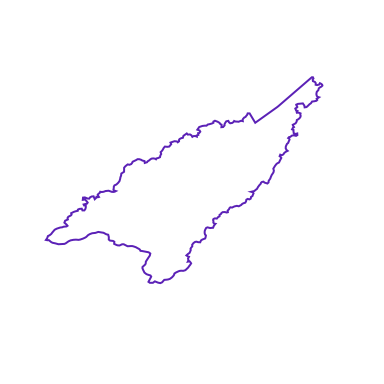 the district of Colinas do Sul, Goiás, Brazil, rotated 255°
{"feature_id": "56859067B84500730879893", "entity_name": "Colinas do Sul", "entity_type": "district", "adm_level": 2, "iso_a3": "BRA", "parent_name": "Brazil", "parent_adm1": "Goiás", "projection": "equal_earth", "projection_center": [-48.067, -13.991], "detail": "fine", "context": "isolated", "style": "outline", "palette": "violet", "viewbox_px": 384, "rotation_deg": 255, "n_neighbors": 0, "source": "geoboundaries", "source_scale": "gbopen_adm2", "svg_char_len": 5850}
<svg xmlns="http://www.w3.org/2000/svg" viewBox="0 0 384 384"><g transform="rotate(255 192 192)"><path d="M253.0,268.0L253.5,266.1L252.2,265.2L251.5,264.1L250.7,263.2L250.4,261.7L249.4,260.2L248.5,259.5L247.3,259.4L248.1,257.8L247.8,255.1L248.4,253.6L248.8,252.2L249.7,251.1L248.9,250.3L248.3,248.7L248.5,246.7L249.7,245.8L251.3,245.5L251.4,243.4L250.3,242.1L249.0,240.9L247.9,240.7L247.3,239.8L246.7,238.9L247.0,237.2L248.2,237.7L249.4,238.0L250.2,237.0L251.6,236.5L253.2,235.0L254.9,232.6L254.5,230.9L253.3,230.6L253.0,228.9L253.0,226.2L253.1,224.7L252.3,223.2L252.8,221.3L253.1,219.2L252.9,215.8L250.8,213.3L249.4,215.3L248.1,215.6L247.1,214.2L247.2,213.1L245.5,212.9L245.4,211.3L244.2,211.0L245.2,209.7L245.6,207.9L245.2,206.6L246.9,206.1L248.1,205.0L248.6,202.7L249.9,202.1L248.5,198.3L246.7,197.2L246.8,195.7L246.4,193.7L245.6,192.9L244.3,192.6L243.7,191.1L244.7,190.6L245.6,188.2L245.4,185.2L245.3,184.0L243.6,184.3L241.8,181.8L242.0,179.9L242.9,177.6L241.9,176.1L240.3,174.6L239.3,173.3L238.6,172.0L236.7,172.1L235.5,170.9L233.9,170.1L233.6,168.1L233.6,166.4L232.9,165.7L233.8,164.8L234.5,163.2L234.7,161.5L234.3,160.2L233.6,158.8L233.1,157.1L232.4,156.3L232.3,153.9L234.2,154.1L235.2,152.2L236.2,151.3L237.3,149.6L237.8,147.9L237.3,146.3L236.6,142.5L235.6,141.7L234.7,140.5L234.5,138.6L235.3,137.0L234.8,135.8L234.0,134.1L233.0,132.7L231.5,132.3L229.1,131.6L228.1,128.5L226.1,127.7L224.8,126.7L223.3,126.0L221.3,124.8L220.0,123.1L218.8,120.9L218.5,118.9L217.5,117.9L216.2,117.5L214.5,116.7L213.5,117.3L212.6,118.7L212.3,117.4L212.4,116.1L212.9,114.6L214.8,111.8L215.3,108.8L215.1,106.8L215.3,104.9L216.0,103.4L214.9,102.5L214.5,101.2L213.6,100.1L211.3,100.8L211.3,99.5L212.0,98.4L211.1,97.8L210.2,96.2L213.3,95.8L213.6,94.0L213.3,92.3L212.2,91.0L212.7,89.5L214.5,87.1L214.8,85.3L212.7,84.5L212.5,86.7L210.2,87.9L208.8,88.5L208.0,87.7L208.0,84.1L206.9,84.3L206.5,85.9L204.8,85.5L203.3,84.7L202.1,83.3L202.6,81.4L204.4,81.2L204.8,78.8L204.5,77.2L203.4,76.8L203.5,74.5L203.4,72.8L202.8,69.8L201.3,69.8L200.7,68.9L200.1,66.1L199.0,65.0L197.6,65.0L197.1,62.0L195.4,60.8L193.0,62.4L191.6,63.0L191.2,61.9L191.7,59.0L191.5,57.5L191.8,55.5L191.6,51.9L191.1,49.6L188.9,46.4L187.9,45.2L187.1,43.3L186.7,41.4L184.8,40.1L183.5,38.5L182.8,39.9L182.6,41.2L180.1,43.0L179.1,44.1L177.7,46.8L176.1,49.5L174.9,55.3L175.1,56.7L176.3,59.9L176.7,62.2L176.5,65.1L176.0,67.6L175.1,70.1L175.0,71.9L175.2,74.7L175.6,77.0L176.0,78.3L177.3,80.6L177.8,82.6L178.0,84.9L177.5,88.2L177.7,91.1L175.5,96.0L173.4,98.2L172.4,100.0L170.0,100.0L167.6,99.3L166.3,100.2L165.2,103.0L164.1,104.1L162.0,103.4L160.2,105.6L159.6,106.6L159.1,108.2L159.6,111.0L159.2,112.5L156.3,115.7L155.5,119.4L155.1,120.6L154.1,122.2L153.1,123.6L151.8,124.9L150.8,126.0L149.9,126.7L148.5,127.0L148.1,128.1L145.0,134.5L143.4,135.8L141.5,134.8L139.7,132.7L136.7,129.4L135.0,128.8L134.1,128.1L132.4,124.8L131.3,124.4L129.6,124.6L126.5,125.2L124.5,126.7L123.8,127.6L122.1,130.3L120.8,130.7L116.5,126.7L115.2,127.8L114.4,130.7L115.3,133.0L113.2,135.8L112.2,137.8L112.5,139.8L113.5,141.2L114.3,142.5L113.9,144.7L113.7,146.3L113.8,148.1L114.3,149.5L114.8,150.7L115.8,152.3L116.7,153.3L117.8,153.9L118.4,155.7L118.8,157.9L119.0,159.4L118.8,161.0L118.1,163.3L118.2,165.4L118.9,166.7L120.0,168.7L121.1,170.0L122.2,171.5L123.3,172.7L124.5,172.3L125.7,171.7L125.8,169.9L127.1,170.9L128.7,170.9L130.2,172.3L130.9,171.3L132.2,170.2L133.1,171.9L133.9,174.0L135.2,175.0L136.3,175.8L137.4,175.8L138.3,176.6L138.9,177.5L139.6,178.3L141.0,178.5L142.3,180.2L143.0,182.1L142.8,183.6L142.0,184.8L141.3,186.9L142.9,188.2L143.4,189.7L143.7,192.7L144.9,193.5L146.5,194.2L147.5,193.6L149.1,193.6L150.2,193.9L151.2,194.3L152.4,195.2L153.7,196.5L153.8,197.9L153.1,199.1L152.5,200.2L152.3,201.5L152.0,203.1L153.5,204.2L154.3,205.1L155.2,206.4L155.7,205.3L156.9,204.7L158.4,205.2L159.5,205.1L160.4,205.8L160.6,207.3L159.9,209.1L161.0,210.7L161.4,212.3L162.8,212.7L163.3,214.3L164.1,215.0L164.6,216.5L164.1,218.6L163.2,220.2L163.2,221.4L164.8,221.6L165.7,223.2L166.7,224.0L167.3,225.1L166.6,226.7L167.1,229.2L167.0,231.8L166.1,233.5L166.4,234.7L166.7,236.1L167.5,237.4L167.8,238.7L167.9,240.7L169.0,241.8L170.5,242.5L170.9,244.0L170.0,245.6L170.4,247.0L172.0,247.8L172.4,249.3L173.4,250.0L174.8,251.1L175.9,250.8L176.9,249.2L176.8,252.4L177.7,254.3L178.2,255.6L179.7,257.0L181.2,258.9L182.0,260.3L183.1,261.1L183.6,262.2L183.5,263.7L182.3,264.5L181.5,265.8L180.7,267.0L181.4,268.4L182.7,268.8L183.5,269.6L184.6,271.0L185.8,271.8L186.8,272.6L187.8,273.4L189.0,274.8L189.8,275.7L191.4,276.6L193.5,276.6L195.7,278.9L197.1,280.7L197.6,281.8L198.0,283.7L199.9,285.3L201.8,287.1L202.9,286.7L203.9,285.9L205.2,286.9L204.5,287.7L204.4,289.1L204.8,290.1L205.9,291.3L206.6,293.1L207.0,295.0L208.1,294.2L210.0,293.8L211.7,294.4L213.8,296.1L214.6,297.7L215.7,298.4L216.5,299.1L217.4,299.8L218.4,299.7L219.2,298.9L219.9,299.9L219.8,301.2L220.6,303.0L220.5,304.6L219.9,306.0L219.3,307.0L219.7,308.5L221.3,308.8L221.3,306.9L222.4,305.5L224.2,305.7L225.7,306.1L226.6,304.9L227.8,306.0L228.3,307.3L229.6,306.8L230.8,306.7L231.2,308.4L231.5,309.8L232.9,311.3L234.4,311.9L234.7,313.3L235.4,314.9L236.6,316.3L237.6,316.7L238.7,316.6L239.8,317.2L240.6,316.2L241.2,315.0L241.4,313.8L242.4,313.8L243.0,314.8L244.1,313.6L245.9,313.4L246.6,315.6L247.5,315.8L248.4,315.3L249.4,315.3L249.7,317.2L249.2,320.0L248.9,322.0L247.4,322.5L246.5,322.9L244.6,322.7L244.4,324.6L245.3,326.4L246.4,328.3L246.9,329.8L248.3,331.4L248.0,333.5L247.9,335.8L248.5,336.8L249.7,336.5L250.6,339.2L251.5,337.8L252.7,337.4L253.9,337.4L255.0,337.7L256.5,338.5L257.7,340.4L259.3,341.3L259.9,342.6L260.3,344.2L261.0,345.5L262.0,345.5L263.1,344.7L264.0,343.7L262.9,342.6L262.9,340.5L263.6,339.2L265.1,339.7L266.5,339.2L267.8,337.5L269.4,337.7L270.2,338.7L271.5,338.5L271.8,337.4L252.5,297.5L251.9,296.1L242.5,271.0L253.0,268.0Z" fill="none" stroke="#5b21b6" stroke-width="2"/></g></svg>